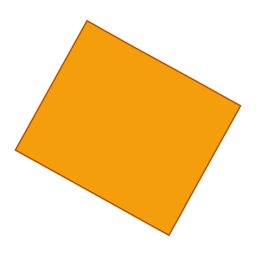 Ngaanyatjarraku, Western Australia, Australia, rotated 29°
{"feature_id": "25037944B86885707589826", "entity_name": "Ngaanyatjarraku", "entity_type": "district", "adm_level": 2, "iso_a3": "AUS", "parent_name": "Australia", "parent_adm1": "Western Australia", "projection": "mercator", "projection_center": [128.838, -25.094], "detail": "fine", "context": "isolated", "style": "filled", "palette": "amber", "viewbox_px": 256, "rotation_deg": 29, "n_neighbors": 0, "source": "geoboundaries", "source_scale": "gbopen_adm2", "svg_char_len": 1817}
<svg xmlns="http://www.w3.org/2000/svg" viewBox="0 0 256 256"><g transform="rotate(29 128 128)"><path d="M215.8,168.1L215.7,168.1L215.7,152.9L215.7,84.9L215.7,70.9L215.7,54.0L194.8,54.1L167.7,54.0L94.2,54.4L73.5,54.3L55.3,54.2L45.0,54.1L40.2,54.0L40.2,97.2L40.2,141.9L40.2,201.9L54.0,201.9L84.3,201.9L112.6,201.9L140.7,201.9L188.5,202.0L199.5,202.0L215.8,201.9L215.8,200.8L215.8,200.7L215.8,200.4L215.8,200.2L215.8,199.9L215.8,199.6L215.8,199.4L215.8,199.2L215.8,198.8L215.8,198.6L215.8,198.4L215.8,198.2L215.8,197.8L215.8,197.6L215.8,197.4L215.8,197.2L215.8,196.8L215.8,196.6L215.8,196.4L215.8,195.9L215.8,195.7L215.8,195.3L215.8,195.1L215.8,194.9L215.8,192.7L215.8,192.3L215.8,192.1L215.8,191.9L215.8,191.7L215.8,191.3L215.8,191.1L215.8,190.9L215.8,190.7L215.8,190.2L215.8,189.8L215.8,189.6L215.8,189.4L215.8,189.2L215.8,188.8L215.8,188.6L215.8,188.4L215.8,188.2L215.8,187.9L215.8,187.6L215.8,187.4L215.8,187.2L215.8,186.9L215.8,185.8L215.8,185.6L215.8,185.4L215.8,185.2L215.8,184.8L215.8,184.6L215.8,184.3L215.8,184.1L215.8,183.9L215.8,183.6L215.8,183.3L215.8,183.1L215.8,182.9L215.8,182.7L215.8,182.3L215.8,182.1L215.8,181.9L215.8,181.7L215.8,181.3L215.8,181.2L215.8,180.9L215.8,180.7L215.8,180.4L215.8,180.1L215.8,179.9L215.8,179.7L215.8,179.3L215.8,179.1L215.8,178.9L215.8,178.7L215.8,178.3L215.8,178.1L215.8,177.8L215.8,177.6L215.8,177.4L215.8,177.2L215.8,176.1L215.8,175.9L215.8,175.7L215.8,175.4L215.8,175.2L215.8,174.8L215.8,174.6L215.8,174.4L215.8,174.2L215.8,173.8L215.8,173.6L215.8,173.4L215.8,173.2L215.8,172.6L215.8,172.4L215.8,172.1L215.8,171.8L215.8,171.6L215.8,171.4L215.8,171.2L215.8,170.9L215.8,170.7L215.8,170.3L215.8,170.1L215.8,169.9L215.8,169.7L215.8,169.4L215.8,169.1L215.8,168.9L215.8,168.7L215.8,168.3L215.8,168.1L215.8,168.1Z" fill="#f59e0b" stroke="#b45309" stroke-width="1.5"/></g></svg>